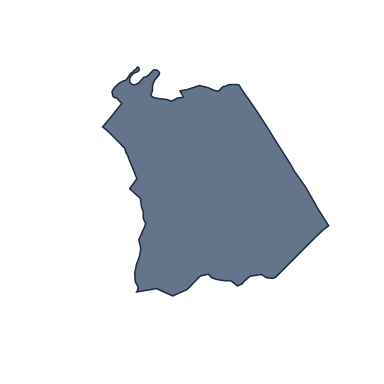 Al-Suwaira, Wasit, Iraq (Robinson projection), rotated 40°
{"feature_id": "34846034B1283467893722", "entity_name": "Al-Suwaira", "entity_type": "district", "adm_level": 2, "iso_a3": "IRQ", "parent_name": "Iraq", "parent_adm1": "Wasit", "projection": "robinson", "projection_center": [44.846, 32.842], "detail": "fine", "context": "isolated", "style": "filled", "palette": "slate", "viewbox_px": 384, "rotation_deg": 40, "n_neighbors": 0, "source": "geoboundaries", "source_scale": "gbopen_adm2", "svg_char_len": 2565}
<svg xmlns="http://www.w3.org/2000/svg" viewBox="0 0 384 384"><g transform="rotate(40 192 192)"><path d="M213.9,304.2L226.7,289.0L229.7,288.1L239.9,285.2L244.1,284.0L251.0,269.7L252.3,251.1L257.3,244.5L262.2,245.0L266.7,243.4L274.4,238.8L278.9,235.0L287.3,234.7L289.5,230.0L289.4,226.3L290.8,219.0L298.0,210.7L304.2,209.7L306.0,208.6L309.3,206.3L310.9,203.6L315.6,147.9L316.9,136.4L318.4,130.0L297.4,123.3L297.1,123.2L292.4,121.2L288.6,119.9L276.5,115.4L257.3,110.3L249.9,107.5L242.4,105.1L220.8,98.3L210.4,94.8L190.2,88.6L177.1,85.0L165.1,81.8L159.3,79.8L159.0,80.0L157.3,80.7L154.9,82.9L151.9,85.4L151.0,86.5L149.8,89.3L148.0,91.6L147.7,94.0L147.4,97.9L145.6,98.8L144.2,99.7L144.1,99.8L139.8,101.0L137.3,101.7L133.8,103.4L129.2,105.7L127.2,109.0L124.8,112.9L122.6,116.4L120.1,119.5L119.0,120.8L117.9,122.2L118.6,122.6L119.2,123.0L120.9,123.5L122.3,123.9L124.0,124.5L124.0,125.5L122.3,127.3L121.9,127.7L120.2,129.7L119.6,131.5L119.2,132.6L118.3,134.9L117.0,136.0L116.1,136.3L113.3,137.3L110.7,139.0L106.9,141.5L104.7,142.8L102.4,144.0L100.8,144.4L99.6,144.6L98.3,144.0L97.6,143.7L97.5,142.1L96.3,139.4L94.8,137.6L93.4,135.8L92.1,132.4L91.5,129.9L91.5,123.4L91.3,123.1L90.5,121.5L88.5,121.0L87.5,121.1L86.7,121.2L84.2,123.0L83.8,126.3L83.7,128.9L83.7,130.5L82.6,133.7L81.3,135.2L81.3,137.2L81.1,139.5L81.1,142.9L80.4,144.3L79.7,145.9L78.5,147.3L76.7,148.1L74.8,148.0L74.1,147.9L72.5,146.5L71.3,144.8L70.8,142.7L70.7,139.7L71.8,136.9L72.8,135.2L73.0,135.0L73.3,132.8L72.5,131.9L71.2,130.9L69.9,131.4L70.0,132.7L70.1,134.6L70.0,135.0L69.9,135.2L69.5,135.6L69.5,136.3L69.5,136.8L69.5,137.9L68.7,141.6L69.4,146.0L69.5,148.7L67.6,151.8L66.2,155.7L65.6,160.4L65.6,163.9L66.3,166.7L69.6,169.4L71.9,169.6L72.1,169.4L73.5,168.3L76.3,168.7L81.2,169.4L81.3,171.8L81.7,184.8L81.7,199.6L82.1,199.6L84.3,199.5L85.7,199.5L88.7,199.5L96.8,200.2L100.5,200.6L104.9,200.9L110.1,201.7L112.3,201.7L114.0,202.9L116.5,204.5L118.6,205.0L122.4,207.2L129.4,210.9L135.7,214.2L141.1,217.2L141.3,218.1L141.3,219.5L141.7,222.9L141.9,227.0L142.2,229.5L142.8,229.7L145.9,229.7L148.2,229.9L151.6,229.9L154.9,229.9L156.6,230.1L158.5,231.8L162.1,235.2L164.2,236.8L167.2,238.3L168.4,239.7L169.9,241.7L171.1,243.1L173.5,244.5L177.0,246.1L177.3,247.4L177.6,248.2L178.2,249.5L179.4,254.3L181.0,259.2L181.9,262.7L183.1,263.6L184.0,264.3L186.4,266.1L188.7,267.9L189.9,269.5L191.4,272.0L193.2,275.4L194.6,279.0L195.9,283.1L197.7,286.1L198.9,288.5L200.1,290.8L203.0,293.8L204.9,296.0L207.0,297.6L209.7,298.5L212.3,299.9L213.5,302.2L213.9,304.2Z" fill="#64748b" stroke="#1e293b" stroke-width="1.5"/></g></svg>